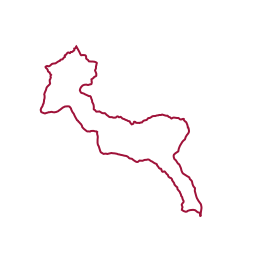 Dungna, Chhukha, Bhutan (Robinson projection), rotated 290°
{"feature_id": "84629894B53394150042816", "entity_name": "Dungna", "entity_type": "district", "adm_level": 2, "iso_a3": "BTN", "parent_name": "Bhutan", "parent_adm1": "Chhukha", "projection": "robinson", "projection_center": [89.368, 27.082], "detail": "fine", "context": "isolated", "style": "outline", "palette": "rose", "viewbox_px": 256, "rotation_deg": 290, "n_neighbors": 0, "source": "geoboundaries", "source_scale": "gbopen_adm2", "svg_char_len": 5841}
<svg xmlns="http://www.w3.org/2000/svg" viewBox="0 0 256 256"><g transform="rotate(290 128 128)"><path d="M69.5,206.6L69.2,207.8L69.0,208.5L69.0,210.5L69.1,211.0L69.6,211.9L70.5,212.4L71.0,213.0L72.0,214.3L73.1,216.6L73.4,217.3L73.7,219.0L73.5,220.0L72.9,221.5L72.7,222.4L72.7,222.9L72.9,224.2L72.7,224.7L70.5,225.6L70.1,225.9L70.1,226.1L70.6,226.4L71.1,226.1L72.8,225.5L77.7,224.5L78.8,224.1L80.8,222.9L81.5,222.3L83.6,219.2L85.6,216.8L86.9,215.7L91.7,212.3L94.4,211.5L95.4,209.7L96.2,208.8L97.4,207.8L99.8,206.3L100.7,204.8L101.2,203.6L102.5,202.5L102.7,201.9L102.9,200.4L103.6,197.3L104.0,195.5L104.3,194.9L104.7,194.3L106.3,192.8L108.3,191.5L110.9,189.0L111.4,188.4L111.5,187.6L111.9,186.8L114.1,183.9L114.5,182.7L114.9,182.0L116.5,180.8L117.9,180.3L118.7,180.3L120.5,181.2L123.2,183.2L126.2,182.8L128.9,182.9L130.1,183.1L133.6,183.8L135.1,184.4L136.8,185.4L139.3,185.3L141.8,185.8L142.6,186.2L143.4,186.3L144.2,186.6L144.7,186.6L146.0,186.4L148.3,185.1L148.7,184.8L148.8,184.1L149.9,183.7L150.2,183.3L151.1,182.8L153.2,180.9L153.6,180.1L153.7,179.4L154.7,177.6L155.5,177.4L155.5,176.8L154.9,175.9L154.1,174.9L154.0,174.4L154.0,173.6L154.5,172.6L154.6,172.0L154.6,171.7L154.2,170.8L154.0,169.9L153.5,167.5L153.0,166.7L151.8,165.7L151.8,165.2L152.4,164.0L152.4,162.2L153.0,161.2L153.0,160.6L152.7,160.1L152.5,159.1L152.3,155.5L152.0,155.1L151.5,154.6L150.9,152.8L150.3,152.2L149.7,150.9L148.5,149.4L148.2,148.4L147.5,147.1L147.0,146.6L146.3,146.3L145.5,145.5L144.8,145.0L144.5,144.1L144.0,143.5L143.5,143.3L142.8,143.2L141.9,142.7L140.5,140.5L139.2,139.6L138.0,139.2L137.3,137.7L136.8,137.4L136.6,137.1L136.6,136.5L136.2,135.7L135.7,134.0L135.7,133.6L136.2,132.9L136.2,132.5L136.1,131.9L135.9,131.6L135.6,131.5L134.6,131.6L133.8,131.5L133.3,131.0L132.7,130.3L133.2,129.2L133.9,128.2L134.8,127.3L134.8,127.0L134.8,126.6L134.6,126.1L134.6,125.6L134.9,124.3L134.8,122.6L135.1,121.7L135.0,120.9L135.0,119.5L135.8,117.9L135.9,117.3L135.9,117.1L135.3,116.5L135.0,115.7L135.4,114.6L135.3,114.1L135.1,113.8L134.7,113.5L133.6,112.9L133.4,112.4L132.9,111.3L132.7,110.5L132.7,109.2L132.0,107.1L132.1,106.2L132.7,104.7L132.9,103.7L133.9,101.6L134.0,101.1L133.9,100.9L133.4,99.7L133.2,98.6L133.8,95.4L133.2,94.4L133.0,93.7L132.6,92.9L132.6,92.4L133.5,91.0L133.8,89.5L135.0,89.0L135.9,88.8L138.0,87.7L139.1,86.7L140.1,85.5L141.8,84.7L142.9,83.6L143.7,83.0L144.1,82.8L144.7,82.2L145.0,81.4L144.6,80.4L144.6,79.6L144.8,79.1L144.8,78.3L145.0,75.8L145.2,75.1L145.2,73.3L145.1,73.0L145.1,72.4L145.2,71.7L146.2,70.5L146.6,70.3L147.1,69.8L148.8,69.7L150.2,69.9L152.2,70.7L152.6,71.0L153.6,72.1L154.3,73.5L154.5,74.0L154.6,75.1L155.0,76.2L155.7,77.0L156.6,78.4L157.0,78.6L158.4,78.4L158.9,78.2L159.4,77.8L159.7,77.8L161.2,77.0L162.4,77.9L163.6,78.6L164.4,78.8L165.7,80.1L166.3,80.3L168.1,79.7L169.0,79.0L170.7,77.4L171.1,77.3L172.9,77.5L175.1,76.8L176.1,76.8L176.9,76.6L178.0,76.6L178.5,76.4L178.7,75.9L178.8,75.0L178.8,73.8L178.4,72.2L177.5,69.5L177.3,68.4L178.2,67.2L178.7,65.4L179.2,64.8L180.6,64.3L181.5,63.6L181.7,63.0L181.5,61.8L180.9,60.1L180.5,59.5L180.4,59.0L180.7,58.4L183.1,56.0L187.0,51.5L186.8,51.4L185.0,51.3L184.8,51.1L184.2,50.3L182.9,50.9L182.4,50.8L181.6,50.2L180.6,49.7L180.1,49.0L179.9,48.3L179.3,48.0L178.6,47.9L178.4,47.5L178.6,46.3L178.5,46.0L178.2,45.6L177.5,45.2L176.7,45.0L175.9,44.7L175.4,44.5L174.9,43.9L174.2,43.8L173.6,44.3L173.1,44.4L172.2,43.6L170.2,43.0L169.0,41.2L168.1,41.1L167.8,41.0L167.4,40.4L166.4,39.5L164.0,37.8L162.7,35.3L162.1,34.6L159.7,33.3L158.9,32.5L158.6,30.7L157.7,29.8L157.1,29.6L156.3,30.5L156.0,31.5L155.2,32.6L154.1,33.3L153.8,33.6L153.5,34.5L153.4,35.4L152.4,36.0L151.9,37.1L151.6,37.6L151.0,37.4L150.1,37.5L149.6,37.7L149.1,38.2L147.3,38.2L146.9,38.1L146.3,38.0L144.4,38.8L143.4,39.5L142.6,39.5L142.3,39.5L139.4,38.1L138.5,37.8L137.7,37.7L135.7,37.9L132.8,37.7L130.9,37.8L130.1,38.4L128.5,39.1L127.3,39.4L126.7,39.5L125.7,39.5L124.4,39.9L122.0,40.3L121.2,40.0L119.5,40.2L118.4,40.0L117.4,39.7L115.6,39.7L115.1,39.8L113.5,40.8L113.2,42.0L113.2,43.2L113.2,44.6L113.6,45.5L114.0,45.8L115.0,47.3L115.7,48.0L115.9,48.7L116.8,50.2L117.1,50.9L117.2,52.2L117.6,53.6L118.0,54.1L118.3,54.8L119.7,56.4L120.0,56.7L120.7,57.0L121.4,57.6L123.3,58.8L124.8,59.7L126.6,61.4L127.4,63.1L127.9,64.4L128.1,65.2L128.1,65.7L127.7,66.2L127.7,66.5L126.8,67.8L126.0,68.3L124.3,70.0L123.6,70.9L122.9,72.1L121.5,73.4L120.1,74.9L117.9,77.5L117.7,78.5L117.0,79.3L116.8,80.1L116.0,81.4L115.5,82.6L114.3,84.0L113.2,84.7L113.0,85.1L112.8,85.4L112.1,86.8L110.9,90.4L110.9,90.9L111.0,91.4L111.3,92.0L111.7,93.6L112.5,94.2L113.4,96.3L113.5,96.8L113.7,98.7L114.0,99.5L113.8,100.4L112.8,100.6L111.4,101.3L110.2,102.2L109.2,102.7L106.6,103.4L103.8,104.4L102.5,105.1L101.6,105.8L100.9,106.7L96.6,110.0L95.9,110.8L95.7,111.8L95.3,113.9L96.1,115.4L96.4,116.3L96.5,117.4L98.8,120.9L99.1,122.4L99.6,124.2L100.0,126.6L99.9,127.8L100.2,128.9L100.2,129.8L100.6,132.4L100.7,133.8L101.1,135.9L101.0,137.2L100.8,138.0L100.1,139.3L100.0,139.9L100.4,142.2L100.3,142.6L99.8,143.8L99.1,146.7L99.1,148.0L99.2,148.3L99.7,149.0L101.3,149.9L101.5,150.3L101.6,151.1L101.8,151.6L102.2,152.9L103.6,154.4L103.9,155.0L104.4,156.2L105.2,157.4L105.4,158.1L105.4,158.7L104.8,160.8L104.7,162.4L104.3,163.7L104.0,165.3L104.0,166.4L103.7,167.6L103.2,167.8L102.8,168.2L102.0,169.6L101.0,170.8L100.8,171.6L100.7,171.9L101.0,172.6L101.0,172.9L100.8,173.2L100.3,173.7L99.7,174.0L99.1,174.6L98.7,175.3L98.7,175.6L98.8,175.8L99.6,176.9L99.6,177.6L98.0,180.1L97.6,181.4L96.1,182.7L95.8,183.7L95.6,184.0L95.7,185.3L95.3,186.2L94.8,187.0L94.0,187.3L92.0,190.2L90.7,191.0L90.4,191.7L90.0,192.3L89.7,192.9L89.1,194.6L87.5,195.4L86.8,196.5L85.7,198.5L84.9,199.1L83.7,200.4L82.3,201.3L81.8,202.2L81.5,202.6L80.5,203.2L79.6,203.9L78.3,205.3L77.2,205.5L75.6,204.9L74.4,204.7L73.8,205.0L72.3,206.3L71.8,206.3L71.3,206.3L69.5,206.6Z" fill="none" stroke="#9f1239" stroke-width="2"/></g></svg>